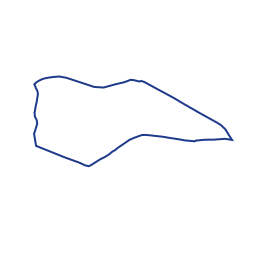 outline of Kampong Chhnang, Kâmpóng Chhnang, Cambodia, rotated 108°
{"feature_id": "14789045B67282211739519", "entity_name": "Kampong Chhnang", "entity_type": "district", "adm_level": 2, "iso_a3": "KHM", "parent_name": "Cambodia", "parent_adm1": "Kâmpóng Chhnang", "projection": "equal_earth", "projection_center": [104.678, 12.271], "detail": "fine", "context": "isolated", "style": "outline", "palette": "blue", "viewbox_px": 256, "rotation_deg": 108, "n_neighbors": 0, "source": "geoboundaries", "source_scale": "gbopen_adm2", "svg_char_len": 1256}
<svg xmlns="http://www.w3.org/2000/svg" viewBox="0 0 256 256"><g transform="rotate(108 128 128)"><path d="M176.4,160.1L176.8,157.7L176.5,153.7L175.2,152.1L172.7,150.0L169.9,147.7L166.3,144.7L162.9,141.2L159.1,138.0L155.2,135.5L152.7,133.2L150.2,131.7L146.6,128.9L142.7,125.9L139.0,123.1L135.5,119.2L132.2,115.0L130.4,112.6L129.1,109.0L128.1,104.6L127.3,100.5L126.5,96.8L125.7,92.9L125.0,88.4L124.4,84.3L123.7,80.3L123.0,76.0L122.2,69.9L121.1,65.2L120.0,60.3L119.1,59.8L118.6,58.6L118.2,57.6L116.8,54.6L115.1,50.3L114.0,47.1L112.7,43.1L111.3,39.7L110.0,36.5L108.3,32.4L107.2,25.4L102.6,31.0L99.1,35.1L96.5,40.5L95.5,44.6L91.3,66.1L88.2,80.8L85.4,93.2L83.4,103.9L81.8,113.0L80.1,121.8L79.2,126.6L79.2,129.3L79.4,130.5L80.3,131.6L80.5,135.2L80.8,138.0L81.4,140.4L85.6,145.7L90.6,153.9L97.0,163.6L99.4,172.8L99.3,195.1L99.3,198.6L99.3,202.2L100.2,209.1L102.6,214.9L104.3,218.4L106.1,221.8L107.9,224.5L110.5,227.3L113.0,229.3L115.4,230.6L116.6,229.5L118.3,228.1L120.9,225.5L123.0,224.4L124.9,223.9L128.0,223.5L131.5,222.9L135.4,222.6L138.3,222.1L142.3,221.6L145.9,220.1L148.7,217.3L150.8,216.2L152.4,215.6L155.5,215.6L159.4,215.5L162.4,215.6L165.3,214.1L173.4,209.9L175.5,178.8L176.0,163.5L176.4,160.1Z" fill="none" stroke="#1e3a8a" stroke-width="2"/></g></svg>